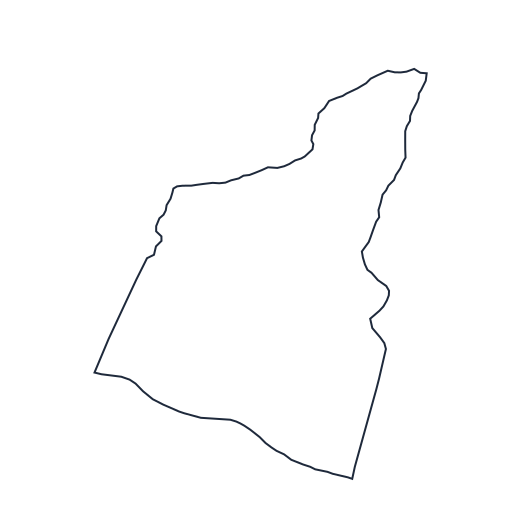 São Jorge do Patrocínio, Paraná, Brazil (Robinson projection), rotated 278°
{"feature_id": "56859067B61124887275207", "entity_name": "São Jorge do Patrocínio", "entity_type": "district", "adm_level": 2, "iso_a3": "BRA", "parent_name": "Brazil", "parent_adm1": "Paraná", "projection": "robinson", "projection_center": [-53.907, -23.723], "detail": "fine", "context": "isolated", "style": "outline", "palette": "slate", "viewbox_px": 512, "rotation_deg": 278, "n_neighbors": 0, "source": "geoboundaries", "source_scale": "gbopen_adm2", "svg_char_len": 1858}
<svg xmlns="http://www.w3.org/2000/svg" viewBox="0 0 512 512"><g transform="rotate(278 256 256)"><path d="M460.7,399.6L460.3,393.2L463.3,386.6L459.5,379.4L458.0,374.0L457.2,368.0L457.8,360.7L451.9,351.2L447.6,344.9L442.4,341.0L439.0,336.7L436.1,333.1L429.4,322.9L426.5,319.5L424.0,314.3L419.7,306.8L411.9,303.1L405.8,298.0L401.3,298.3L394.1,295.9L388.5,296.6L383.4,294.7L378.1,294.8L374.8,297.2L369.5,297.1L361.3,290.4L358.8,287.1L356.1,281.4L351.8,276.3L348.8,271.4L346.2,264.9L345.5,255.5L341.8,249.7L338.1,243.3L335.3,238.2L333.8,232.4L330.4,228.1L327.5,220.8L324.4,215.5L322.9,209.4L322.4,202.9L320.1,194.1L318.2,187.3L316.6,182.0L316.0,177.5L315.3,173.2L314.0,168.2L311.3,164.8L307.2,164.4L300.8,163.4L293.9,160.4L288.6,160.3L284.0,158.7L279.9,155.1L271.7,153.0L266.5,153.7L262.3,159.6L257.8,160.3L251.6,155.6L243.0,154.8L238.7,148.4L232.4,146.3L216.1,140.8L153.4,121.6L129.5,115.3L118.1,112.3L117.4,119.4L117.7,139.4L116.0,148.0L112.9,154.5L106.3,163.0L99.8,173.7L95.9,184.9L91.3,201.4L90.3,206.7L88.1,223.9L90.3,253.4L89.3,259.6L88.0,263.8L86.4,267.9L83.2,274.5L77.2,284.8L72.1,291.5L68.6,297.9L65.9,303.5L63.5,311.4L59.1,319.3L56.1,331.6L54.8,339.0L53.0,344.3L52.2,356.9L51.0,362.3L49.6,377.8L48.7,382.3L61.0,383.2L140.8,393.7L151.4,394.9L182.0,397.6L187.6,395.2L192.8,390.2L200.8,381.2L209.8,377.8L218.9,385.8L223.8,389.2L230.3,391.8L235.5,393.0L240.0,392.6L244.4,389.2L249.1,380.0L255.4,372.8L257.8,368.3L262.9,365.0L269.3,362.1L275.2,360.2L281.6,363.6L285.5,365.7L290.4,366.8L297.9,368.3L306.7,370.2L311.5,372.6L318.6,370.9L326.2,372.1L334.4,372.8L339.1,375.7L344.1,377.3L350.5,382.1L355.5,383.2L362.8,386.7L369.1,388.3L374.2,390.4L382.0,389.0L391.6,387.6L400.4,386.4L405.6,387.3L411.2,389.7L416.2,389.2L421.5,390.5L431.0,394.0L434.9,394.9L439.7,394.7L443.3,396.4L453.2,399.7L460.7,399.6Z" fill="none" stroke="#1e293b" stroke-width="2"/></g></svg>